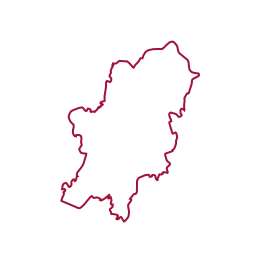 outline of Central Finland, rotated 32°
{"feature_id": "FIN-3177", "entity_name": "Central Finland", "entity_type": "Province", "adm_level": 1, "iso_a3": "FIN", "parent_name": "Finland", "parent_adm1": "", "projection": "mercator", "projection_center": [25.479, 62.526], "detail": "fine", "context": "isolated", "style": "outline", "palette": "rose", "viewbox_px": 256, "rotation_deg": 32, "n_neighbors": 0, "source": "natural_earth", "source_scale": "10m", "svg_char_len": 4804}
<svg xmlns="http://www.w3.org/2000/svg" viewBox="0 0 256 256"><g transform="rotate(32 128 128)"><path d="M159.0,44.4L159.4,44.7L160.3,45.6L160.1,46.9L157.4,51.5L156.9,52.6L157.2,54.2L157.8,55.0L158.8,57.5L160.2,63.0L160.9,65.6L160.9,66.7L160.0,67.1L159.7,68.0L159.8,69.9L160.0,72.7L161.7,75.2L163.0,78.0L164.6,80.7L165.8,82.0L166.3,83.1L164.5,82.8L163.4,83.2L163.0,83.7L163.1,85.2L163.6,86.0L164.6,87.4L165.8,88.2L166.5,88.3L166.8,89.5L166.2,90.7L165.4,91.6L164.9,91.7L163.3,91.1L160.9,90.8L155.9,92.3L155.4,93.9L156.1,95.1L157.5,96.6L160.2,98.3L161.1,99.3L160.9,99.5L160.0,100.9L160.5,102.0L168.3,108.8L168.9,109.1L169.7,108.1L170.6,106.7L171.6,106.8L172.9,107.9L174.4,109.6L175.0,110.7L175.2,112.0L175.6,113.7L176.7,115.0L177.6,117.9L178.1,120.8L177.9,122.1L177.5,123.0L177.8,123.1L178.0,123.6L177.5,124.7L173.3,129.9L173.6,131.0L177.8,134.8L179.0,135.3L181.9,135.6L182.9,136.5L182.6,138.3L182.3,139.5L182.1,140.1L181.9,140.7L182.2,141.7L185.2,144.5L185.1,145.2L183.1,145.8L181.8,146.5L181.3,147.1L181.0,148.2L181.1,148.3L181.4,148.4L181.6,148.4L181.4,149.1L181.2,149.5L180.6,150.0L179.4,150.5L179.2,151.5L179.4,151.9L179.6,153.0L179.7,154.2L179.7,154.9L180.2,155.9L180.6,156.3L180.2,156.7L179.2,156.6L178.1,155.8L176.9,154.6L176.5,154.2L175.5,154.0L174.9,154.0L174.1,154.5L173.4,155.5L173.6,155.6L173.8,155.6L173.8,156.3L173.6,156.7L173.1,157.3L172.5,157.8L172.1,157.9L171.0,156.9L169.9,156.9L167.2,159.3L163.5,164.7L163.6,167.9L169.5,177.7L169.4,179.9L168.3,180.6L167.7,182.2L167.7,184.4L167.2,187.1L167.4,187.1L168.7,187.1L169.1,187.9L169.1,188.7L168.8,192.0L169.0,193.4L169.4,194.1L173.0,198.2L173.6,199.1L175.0,202.0L175.3,203.2L175.3,204.5L174.7,208.7L173.9,209.4L169.7,207.2L168.8,207.5L168.3,208.9L168.2,209.5L168.2,210.0L168.0,210.5L167.0,211.3L166.6,211.4L166.2,210.6L166.1,210.0L166.1,209.2L166.3,208.7L165.9,207.7L165.3,207.5L163.8,207.7L160.1,209.3L159.7,209.7L159.4,209.8L158.2,208.3L156.5,207.6L156.1,207.1L155.7,206.3L155.7,206.1L155.8,205.9L156.1,205.3L156.3,204.5L156.6,203.3L156.7,202.9L156.5,202.5L156.2,202.1L156.0,201.6L155.4,200.9L154.5,201.7L153.7,201.5L153.2,200.9L152.7,199.0L152.4,198.2L151.8,197.5L150.1,195.9L149.8,196.4L149.6,197.1L149.1,197.9L148.5,198.1L148.1,198.0L147.9,197.2L148.1,196.6L148.2,195.6L147.9,194.9L147.5,194.7L147.1,195.7L146.8,196.8L145.6,200.2L144.1,203.2L143.4,203.9L142.8,203.9L143.2,203.1L142.4,202.9L140.4,202.8L139.3,203.0L138.0,203.7L136.5,205.1L135.9,205.5L133.7,204.9L133.1,205.2L132.5,207.4L131.5,215.2L130.8,218.5L130.1,220.5L129.4,221.7L128.4,222.2L110.2,225.1L109.9,224.7L109.2,222.0L109.0,219.3L108.3,217.4L107.4,216.9L107.3,216.5L108.0,215.4L107.7,213.8L106.4,213.5L105.4,214.5L104.5,214.9L104.2,213.9L103.4,212.3L102.9,210.8L103.2,208.8L104.5,207.4L106.2,207.8L109.0,209.2L109.9,208.8L109.9,208.2L109.9,207.9L110.1,207.6L110.3,207.1L110.2,206.2L109.2,204.8L108.6,203.7L108.4,202.5L108.7,200.9L109.3,200.2L110.0,200.4L110.3,200.8L111.0,201.2L111.4,200.5L111.4,199.2L110.4,197.0L110.2,196.2L110.4,196.0L110.8,195.6L109.9,195.3L109.0,194.4L108.7,191.9L109.1,188.4L109.4,184.1L109.0,181.2L107.3,175.0L106.9,173.4L106.2,171.9L102.2,173.8L100.9,173.8L98.5,172.4L97.8,171.6L97.8,171.0L97.7,169.6L97.8,168.0L97.8,167.1L97.1,166.1L96.3,165.6L95.3,164.1L94.5,162.3L93.5,160.7L92.1,159.7L90.8,159.7L88.6,160.8L87.9,161.3L88.4,162.6L87.3,163.1L85.6,162.7L85.1,162.1L83.8,161.3L82.2,158.4L81.7,156.5L80.2,154.1L76.8,153.4L74.9,152.5L73.2,151.3L72.2,150.4L71.4,149.2L70.9,147.3L70.8,144.3L72.0,141.9L75.5,137.4L77.0,135.8L78.2,134.9L79.2,134.8L82.6,136.0L83.6,135.8L83.9,134.9L83.7,133.9L83.6,132.9L85.5,132.1L86.1,132.4L86.4,132.5L87.0,132.7L87.4,133.4L87.5,133.9L88.1,134.0L88.9,133.2L89.8,132.5L90.3,132.3L90.9,132.2L91.4,131.7L91.3,131.2L91.2,130.8L91.7,130.3L91.9,129.0L91.9,128.1L92.0,127.8L92.0,127.5L91.9,127.1L91.9,126.6L92.0,126.6L92.5,126.7L92.6,126.4L92.4,126.3L92.3,126.0L92.3,125.4L92.3,125.2L92.5,125.0L93.4,124.8L93.5,124.4L93.4,124.1L93.3,123.1L93.2,122.8L93.1,122.5L93.1,122.2L94.0,122.3L94.2,122.0L94.2,121.5L93.9,121.3L92.7,121.5L91.4,121.4L91.3,120.5L91.6,119.9L93.8,117.6L93.2,116.2L92.3,115.2L91.0,112.9L87.8,105.3L85.2,100.9L85.2,99.3L85.8,99.0L88.3,98.7L88.7,97.3L88.4,96.2L87.5,94.8L86.0,94.2L85.1,94.1L84.4,92.6L84.4,91.1L84.1,89.8L83.5,89.3L83.0,88.3L82.7,87.1L82.5,86.1L82.5,85.0L82.5,84.2L82.3,83.4L82.2,83.5L81.9,83.7L81.6,83.4L81.1,81.1L82.5,80.6L83.6,79.6L84.4,77.8L85.1,75.7L92.0,72.0L94.3,72.2L100.6,74.0L100.8,73.5L100.7,71.7L100.9,70.0L101.5,67.4L101.8,65.3L101.7,64.1L101.6,62.4L101.9,62.0L103.0,61.3L103.3,61.2L102.6,57.9L102.6,54.1L103.8,51.5L107.3,48.0L112.8,44.3L115.0,43.1L116.0,40.3L116.7,36.8L117.9,33.3L119.6,31.3L121.3,30.9L124.5,31.7L126.5,32.7L130.2,36.5L132.1,37.4L142.3,38.7L144.4,40.0L147.7,44.3L149.6,46.1L152.1,46.8L154.5,46.4L159.0,44.4Z" fill="none" stroke="#9f1239" stroke-width="2"/></g></svg>